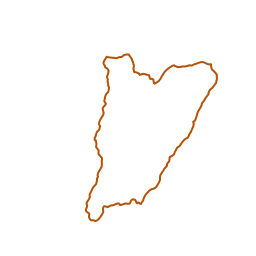 Molagavita, Santander, Colombia, rotated 32°
{"feature_id": "7082276B9574899495584", "entity_name": "Molagavita", "entity_type": "district", "adm_level": 2, "iso_a3": "COL", "parent_name": "Colombia", "parent_adm1": "Santander", "projection": "equal_earth", "projection_center": [-72.811, 6.635], "detail": "fine", "context": "isolated", "style": "outline", "palette": "amber", "viewbox_px": 256, "rotation_deg": 32, "n_neighbors": 0, "source": "geoboundaries", "source_scale": "gbopen_adm2", "svg_char_len": 5860}
<svg xmlns="http://www.w3.org/2000/svg" viewBox="0 0 256 256"><g transform="rotate(32 128 128)"><path d="M179.2,185.5L179.2,185.0L179.1,184.1L179.1,183.4L179.2,181.8L179.2,181.3L178.9,180.5L178.5,178.4L178.3,176.3L178.3,175.0L178.6,173.2L179.0,171.5L179.1,170.4L179.4,169.5L180.0,168.3L180.6,167.2L181.2,166.6L182.1,165.6L182.5,164.8L182.9,163.9L183.2,162.4L183.2,159.5L183.1,158.0L182.9,156.2L182.5,154.9L182.2,154.3L181.4,153.2L181.1,152.4L180.7,151.5L180.5,151.1L180.4,149.6L180.4,148.0L180.5,146.0L180.5,145.2L180.4,144.4L180.4,143.8L180.6,141.8L181.1,139.7L181.0,139.3L180.6,138.5L180.3,138.1L180.2,137.5L180.1,137.0L180.2,136.4L180.4,135.7L180.5,134.9L180.5,134.2L180.3,133.7L179.7,132.4L179.2,131.4L178.9,131.0L178.8,130.5L178.9,130.2L179.2,129.7L179.6,129.3L180.3,128.0L180.6,127.1L180.9,126.5L181.0,126.1L181.0,125.6L180.8,125.3L180.4,123.5L180.4,121.6L180.1,118.8L180.3,118.0L181.0,117.0L181.3,116.3L181.3,115.3L181.4,114.2L181.4,113.0L181.5,112.0L181.6,110.5L181.9,108.9L182.4,107.0L183.3,105.4L183.7,104.9L183.8,104.3L183.7,102.6L183.4,101.6L183.3,100.7L183.4,100.0L183.3,98.8L183.5,98.3L183.3,98.1L183.2,96.7L183.1,96.3L182.9,94.8L182.7,93.7L182.6,92.8L182.5,92.0L182.2,91.2L181.3,89.1L181.0,89.0L180.4,88.7L180.2,88.4L180.1,88.0L180.2,87.7L180.4,87.2L180.8,86.6L180.8,85.7L180.7,85.0L180.4,83.6L180.1,82.3L179.8,81.2L179.4,80.0L179.2,79.2L178.9,78.4L178.7,76.0L178.6,72.7L178.4,70.1L178.2,69.3L178.0,68.8L177.7,68.2L177.6,67.9L177.8,66.2L178.0,64.9L178.0,64.4L178.0,62.8L177.8,61.7L177.9,60.4L178.0,59.6L178.2,58.0L178.3,57.0L178.3,56.5L177.9,56.0L177.8,55.6L177.5,54.5L177.3,53.6L177.3,52.7L177.3,52.3L177.5,51.9L177.6,51.2L177.8,50.3L178.1,49.8L178.2,49.5L178.3,48.7L178.4,48.2L178.4,47.3L178.7,43.3L178.7,42.6L178.5,42.1L178.4,41.9L178.2,41.6L178.0,41.3L177.9,41.0L177.9,40.7L177.8,40.4L177.5,39.6L177.1,38.9L175.9,37.2L175.1,35.9L175.1,35.7L173.9,35.3L172.3,34.7L170.3,34.2L169.0,34.0L167.9,33.7L166.7,32.6L165.7,31.5L164.7,30.1L164.2,30.1L163.3,31.0L161.5,31.6L159.2,31.9L157.5,32.1L155.9,32.8L154.5,34.0L151.4,37.8L150.0,39.5L149.0,41.2L148.3,41.7L147.5,42.0L146.6,42.4L145.9,43.6L144.2,45.2L142.9,46.2L141.9,46.7L139.0,49.4L137.8,50.1L136.5,50.2L135.5,50.4L134.7,50.6L134.0,50.4L133.2,51.0L132.5,52.1L131.7,53.6L130.9,55.6L130.2,57.4L129.5,60.0L129.3,61.8L129.3,64.2L129.3,66.6L129.5,68.9L129.2,71.8L128.5,73.6L127.5,75.5L126.9,76.4L126.2,76.3L125.4,75.2L124.3,74.1L123.8,73.5L123.1,73.5L121.9,73.8L121.2,74.5L120.3,74.4L119.5,73.6L118.8,72.9L118.0,72.2L117.4,72.2L115.1,73.1L114.2,73.2L112.5,73.8L111.1,75.1L110.5,75.8L110.2,76.4L109.9,76.7L109.2,76.5L108.5,76.0L106.8,76.2L105.4,76.5L104.9,76.6L104.2,77.1L103.8,77.2L103.3,77.1L102.5,76.0L102.0,75.6L101.1,74.9L100.9,74.1L100.7,73.4L100.3,72.6L99.6,71.5L98.6,70.9L98.1,70.3L97.0,69.2L96.3,68.9L95.7,68.4L95.0,67.7L93.0,66.7L91.4,66.1L90.6,65.8L89.7,65.3L89.0,65.7L88.0,66.3L87.0,67.2L85.8,68.5L85.3,70.4L84.9,71.2L84.0,71.7L83.1,72.5L82.2,73.7L81.6,74.5L80.5,75.3L79.2,75.8L77.8,76.5L76.6,77.2L75.0,77.9L73.6,78.5L72.2,78.9L72.2,80.0L72.2,83.0L72.3,84.5L72.6,85.3L72.9,86.0L74.2,87.0L74.8,87.2L75.6,87.6L76.2,88.3L76.7,88.6L78.8,88.6L81.1,89.6L81.9,91.1L82.6,93.5L82.8,93.9L82.8,95.2L83.1,95.6L83.9,96.5L84.2,96.9L84.8,97.2L85.1,97.5L85.8,99.0L86.3,99.7L86.7,99.9L87.3,100.6L88.8,102.6L90.0,103.3L90.5,104.0L90.7,104.3L91.5,106.1L92.1,107.9L91.9,109.2L91.6,110.1L91.6,111.6L92.0,113.4L92.4,114.6L92.7,115.0L93.4,117.3L93.7,117.8L95.7,118.9L96.1,119.1L96.5,119.8L96.5,120.4L96.4,121.3L96.0,123.2L96.0,123.7L96.0,124.3L96.2,124.9L96.9,125.9L98.0,126.7L99.4,128.2L99.8,129.2L100.0,130.0L100.1,130.8L100.0,134.1L100.1,135.9L100.3,137.2L100.5,138.1L100.8,139.0L101.3,139.9L101.7,140.3L102.2,140.8L102.8,141.0L103.3,141.3L103.7,142.0L103.7,142.5L104.2,143.6L104.3,144.2L104.3,145.4L104.2,146.0L103.8,147.6L103.8,148.0L103.9,148.7L104.9,152.5L105.0,153.8L105.3,154.6L105.7,155.3L105.9,155.6L106.3,155.8L107.3,155.6L107.5,155.8L108.1,156.6L108.5,157.0L109.0,157.4L109.7,158.2L110.0,158.7L110.6,160.3L110.9,160.9L111.6,161.3L112.6,161.6L113.7,162.2L114.8,162.4L115.3,163.0L115.5,163.3L116.0,164.4L116.5,165.2L116.9,165.6L118.4,166.1L118.9,166.2L120.6,167.0L121.2,167.0L121.6,167.2L122.2,167.8L122.7,168.6L123.0,169.6L123.4,170.3L124.2,171.2L125.7,173.7L126.2,175.0L126.2,176.7L126.4,177.5L126.4,178.2L126.4,179.0L126.3,179.7L126.4,181.1L126.6,182.5L126.7,182.8L127.4,184.4L128.5,185.4L128.5,187.4L129.2,188.3L130.7,192.3L129.9,196.3L130.0,198.1L130.0,198.8L130.4,201.0L130.4,202.7L130.7,204.4L131.0,205.2L131.4,205.8L131.8,206.2L132.2,206.4L132.3,206.9L132.6,209.6L132.6,210.7L132.5,211.8L132.5,212.6L132.6,213.4L132.8,213.9L133.3,214.4L134.3,215.2L134.7,215.9L134.9,216.6L135.1,217.3L135.3,218.5L135.6,219.6L136.0,220.3L136.5,220.6L136.8,220.8L137.5,220.9L137.9,220.9L139.7,221.1L140.4,221.2L140.9,221.7L142.0,224.1L142.4,224.4L143.4,225.1L144.5,225.6L144.9,225.8L145.3,225.9L145.7,225.8L146.8,225.1L147.1,224.8L147.6,224.6L148.2,224.4L148.8,224.5L149.3,224.3L149.8,224.0L150.4,223.3L151.1,221.7L151.4,220.6L151.7,218.1L151.8,215.9L151.7,215.0L151.7,213.9L151.6,212.5L151.3,212.0L149.7,210.1L149.4,209.5L149.2,208.7L149.1,207.7L149.2,207.1L149.5,206.8L151.6,206.0L152.3,206.1L152.8,205.7L153.6,204.2L154.9,202.4L155.5,202.1L156.1,201.5L157.0,200.6L157.8,199.2L158.3,198.5L159.0,197.7L159.7,197.2L160.2,196.9L160.6,196.8L161.1,196.9L161.4,197.2L161.8,197.5L162.3,197.4L162.7,197.1L163.4,196.3L164.0,195.5L164.5,195.0L165.3,194.0L165.6,193.5L166.0,193.2L167.5,192.6L169.0,191.7L169.3,191.4L169.4,191.1L169.4,190.5L169.3,189.4L169.2,188.9L169.1,188.3L169.2,187.4L169.5,186.5L169.8,186.1L170.0,185.8L170.5,185.6L171.2,185.5L171.7,185.3L172.0,185.2L172.9,185.5L173.3,185.7L174.2,186.5L175.0,186.9L175.5,187.0L175.8,186.9L175.9,186.7L175.9,186.3L176.0,185.9L176.4,185.6L177.2,185.6L177.4,185.7L177.7,185.8L178.1,185.8L178.6,185.7L179.2,185.5Z" fill="none" stroke="#b45309" stroke-width="2"/></g></svg>